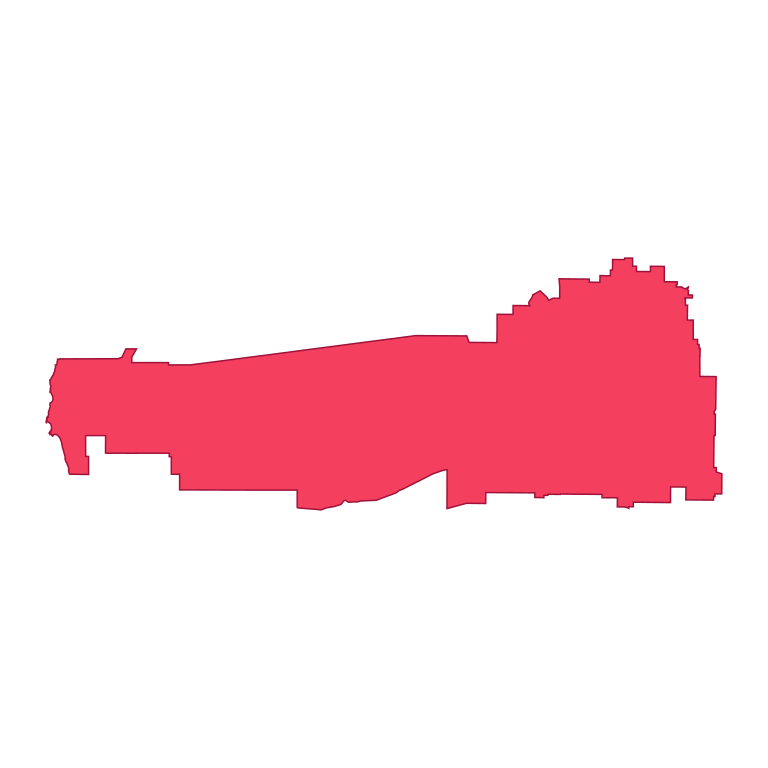 outline of Coorow, Western Australia, Australia
{"feature_id": "25037944B10831634124389", "entity_name": "Coorow", "entity_type": "district", "adm_level": 2, "iso_a3": "AUS", "parent_name": "Australia", "parent_adm1": "Western Australia", "projection": "albers", "projection_center": [115.183, -29.979], "detail": "fine", "context": "isolated", "style": "filled", "palette": "rose", "viewbox_px": 768, "rotation_deg": 0, "n_neighbors": 0, "source": "geoboundaries", "source_scale": "gbopen_adm2", "svg_char_len": 5609}
<svg xmlns="http://www.w3.org/2000/svg" viewBox="0 0 768 768"><path d="M57.5,359.2L57.7,359.9L57.4,360.8L57.0,362.5L57.0,363.8L56.9,364.3L56.5,364.9L56.0,365.2L55.4,365.0L55.5,365.9L55.5,366.9L55.4,367.2L55.5,367.8L55.3,368.3L55.0,369.0L54.9,369.3L54.7,371.4L54.6,371.5L54.5,371.8L54.5,372.0L54.4,372.1L54.4,372.3L54.2,372.6L53.8,372.8L53.8,373.0L53.8,373.3L53.7,373.6L53.4,374.8L53.3,375.0L53.2,375.1L52.8,375.2L52.3,376.4L51.9,376.9L51.6,377.5L51.3,377.7L51.3,377.8L51.1,378.4L51.1,378.8L50.9,379.3L50.6,379.5L50.3,379.9L50.0,379.8L49.9,380.0L49.8,380.3L49.8,380.6L50.0,381.6L50.0,382.8L50.1,383.6L50.3,385.1L50.4,385.3L50.7,385.7L50.8,386.3L50.7,387.4L50.3,388.4L50.5,389.3L50.4,389.7L50.4,390.0L50.1,390.6L50.0,391.1L50.0,391.4L50.0,391.8L50.2,391.6L50.3,391.6L50.6,391.8L50.9,392.7L51.4,393.6L51.8,394.7L52.5,395.9L52.8,397.0L52.8,397.4L53.0,398.4L53.0,398.8L53.0,399.4L52.7,400.3L52.4,401.0L52.0,401.7L51.6,402.2L51.0,402.7L50.7,402.8L50.5,402.7L50.3,402.7L50.2,402.8L50.0,403.4L49.9,404.4L49.9,404.7L50.0,405.6L50.3,406.2L50.3,406.7L50.1,407.2L49.8,407.7L49.7,408.3L49.6,408.5L49.5,408.9L49.4,409.1L49.4,409.8L49.3,410.2L49.1,410.6L48.7,410.9L48.6,411.4L48.6,412.0L48.4,412.3L48.4,412.5L48.6,413.3L48.7,413.6L48.5,414.0L48.6,414.4L48.3,415.4L48.3,416.1L48.2,416.9L48.0,417.3L47.5,417.6L47.3,417.6L47.1,417.2L46.7,418.0L46.8,418.4L46.7,418.8L47.1,419.0L47.1,419.5L47.0,420.0L46.8,420.1L46.5,419.9L46.4,420.1L46.5,420.2L46.5,420.4L46.5,420.6L46.1,421.6L46.2,422.0L46.1,422.4L46.2,422.6L46.3,422.7L46.4,422.8L46.5,422.7L46.5,422.4L46.4,422.1L46.3,421.9L46.6,421.6L47.2,421.5L47.9,421.7L48.2,421.9L48.6,422.2L49.3,422.8L50.0,423.3L50.3,423.5L50.4,423.8L50.9,424.3L51.1,424.7L51.1,425.0L51.2,425.7L51.4,426.6L51.5,426.9L51.5,428.2L51.4,429.1L51.4,429.4L51.3,429.9L50.9,430.2L50.9,430.9L50.8,431.6L50.6,431.8L50.5,431.7L50.4,431.4L50.2,431.4L50.2,431.5L50.2,431.9L49.8,432.1L49.6,432.4L49.5,432.6L49.4,432.7L49.5,432.7L49.8,432.8L49.9,432.5L50.1,432.4L50.6,432.9L50.5,433.5L50.4,433.8L50.2,433.8L49.9,433.5L49.7,433.6L49.9,433.9L50.0,434.1L50.0,434.5L50.4,434.3L50.7,434.5L50.9,434.4L51.0,434.4L51.7,435.3L52.0,435.5L52.3,435.7L52.4,435.9L52.5,436.0L52.6,435.7L52.8,435.7L53.1,435.7L53.3,435.5L53.4,435.2L53.2,435.0L53.2,434.8L53.4,434.7L54.0,434.5L54.4,434.3L54.8,434.3L56.0,434.6L56.8,434.9L57.5,435.3L58.1,435.8L58.6,436.2L59.2,437.2L59.6,437.5L60.2,438.5L60.3,438.8L60.5,439.6L61.3,441.5L61.6,442.7L61.8,443.9L62.1,445.3L62.4,447.1L62.8,448.6L63.0,449.1L63.3,449.6L63.4,449.9L63.4,450.7L63.8,451.9L64.2,453.4L64.6,455.1L64.7,455.4L65.1,456.5L65.1,456.9L65.1,458.4L65.0,458.7L65.2,459.6L65.3,459.9L65.5,460.3L65.5,460.6L65.6,461.0L65.9,461.5L66.1,461.9L66.4,462.3L66.9,463.5L67.1,464.1L67.7,465.5L68.3,466.7L68.4,467.3L68.5,467.5L68.6,468.2L68.6,468.8L68.9,469.6L68.8,469.9L68.6,470.2L68.5,470.7L68.5,470.9L68.8,471.6L69.0,472.9L69.6,474.2L88.6,474.5L88.6,456.4L85.7,456.3L85.6,435.6L105.6,435.6L105.5,453.0L105.9,453.0L106.3,453.2L106.6,453.2L107.7,453.2L109.1,453.3L109.5,453.2L126.1,453.2L126.2,453.3L140.7,453.2L169.3,453.2L169.2,456.7L171.3,456.7L171.3,474.2L179.6,474.3L179.6,489.9L252.0,490.1L297.2,490.1L297.2,507.6L298.2,507.9L298.8,508.0L317.6,509.5L318.5,509.6L319.9,509.8L320.8,509.9L321.3,509.8L325.0,508.4L327.1,507.7L334.5,506.5L340.8,504.5L341.1,504.3L341.5,503.8L343.7,501.0L344.2,500.6L345.0,500.3L345.4,500.4L345.8,500.5L348.2,502.1L348.9,502.2L354.0,501.9L357.8,501.9L360.4,501.0L360.7,501.0L375.8,500.3L376.5,500.2L388.4,495.7L389.4,495.4L395.9,492.9L397.5,491.8L399.1,490.6L399.6,490.3L401.0,489.9L402.6,489.2L426.3,477.2L433.2,473.7L443.4,470.2L444.0,470.1L447.1,469.7L447.0,508.6L466.5,503.3L485.7,503.5L485.8,492.6L494.0,492.6L526.8,492.8L534.8,492.9L534.8,497.5L541.0,497.6L543.9,497.7L543.9,495.5L543.9,495.3L547.8,495.3L547.8,494.4L548.1,494.1L548.4,494.3L548.6,494.3L560.4,494.4L560.5,494.0L566.1,494.1L602.1,494.4L602.0,497.7L609.9,497.8L610.0,497.7L617.4,497.8L617.3,506.9L624.0,506.9L628.1,507.9L628.8,508.3L628.7,506.7L633.3,506.8L633.3,502.2L670.5,502.6L670.6,487.0L681.1,487.0L686.0,487.1L685.8,499.9L713.5,500.1L713.6,496.5L715.0,496.6L715.0,493.9L721.7,493.9L721.9,473.8L716.2,471.9L716.3,467.6L713.7,467.6L714.0,435.5L715.2,435.5L715.4,414.1L714.2,414.1L714.3,411.3L715.7,409.3L716.1,376.6L699.8,376.4L699.9,368.2L699.8,364.4L699.8,356.6L700.0,356.6L700.1,348.2L699.1,348.2L699.1,344.5L697.6,344.5L697.6,339.5L693.2,339.4L693.3,335.3L693.2,326.3L693.3,320.1L687.7,320.1L687.3,320.0L687.5,307.1L687.6,305.2L685.4,305.3L685.5,299.3L685.0,299.3L685.0,297.9L692.4,297.9L692.4,295.0L688.3,294.9L688.4,290.3L687.5,289.8L687.4,288.8L688.4,287.8L688.4,286.9L685.9,288.7L684.5,288.6L682.8,287.8L681.7,286.9L676.3,286.9L676.3,284.6L677.2,284.6L677.2,281.8L664.3,281.7L664.3,266.4L650.4,266.3L650.4,271.6L636.5,271.5L636.5,266.2L632.7,266.2L632.6,258.1L624.6,258.1L624.5,258.9L624.5,259.6L612.6,259.5L612.5,270.1L610.4,270.1L610.4,275.8L604.8,275.8L604.3,275.6L600.0,275.6L599.9,282.3L595.0,282.3L589.2,282.1L589.2,279.1L559.0,278.8L559.0,279.4L559.1,279.7L559.8,287.6L559.7,290.5L559.7,297.0L559.6,296.9L559.6,298.3L553.0,298.2L548.8,300.3L547.9,298.8L546.9,297.3L540.1,290.8L533.4,294.6L532.7,294.9L532.7,295.6L532.5,296.1L532.3,296.7L531.9,297.5L529.2,301.6L528.9,302.1L528.8,302.7L528.8,303.5L528.9,304.2L529.1,304.9L529.7,305.7L523.4,305.6L513.1,305.5L513.0,314.4L497.1,314.3L497.1,329.7L496.9,342.6L469.4,342.4L469.0,342.2L466.8,335.9L415.7,335.6L307.4,349.7L218.4,361.3L190.0,364.9L168.5,364.9L168.5,362.6L131.8,362.6L131.8,357.1L136.5,348.9L125.9,348.9L121.9,357.3L118.0,358.7L59.7,358.9L59.8,359.2L57.5,359.2Z" fill="#f43f5e" stroke="#9f1239" stroke-width="1.5"/></svg>